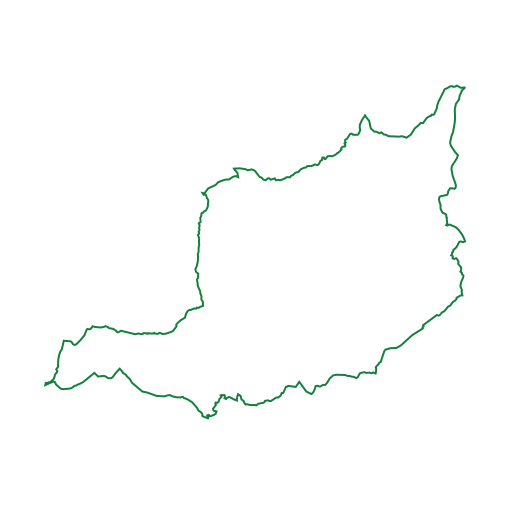 the district of San Miguel, Bolivar, Ecuador, rotated 177°
{"feature_id": "8360857B61039226108204", "entity_name": "San Miguel", "entity_type": "district", "adm_level": 2, "iso_a3": "ECU", "parent_name": "Ecuador", "parent_adm1": "Bolivar", "projection": "robinson", "projection_center": [-79.097, -1.812], "detail": "fine", "context": "isolated", "style": "outline", "palette": "green", "viewbox_px": 512, "rotation_deg": 177, "n_neighbors": 0, "source": "geoboundaries", "source_scale": "gbopen_adm2", "svg_char_len": 6032}
<svg xmlns="http://www.w3.org/2000/svg" viewBox="0 0 512 512"><g transform="rotate(177 256 256)"><path d="M39.1,413.4L42.6,413.2L46.5,415.6L48.1,414.8L50.1,414.6L51.6,415.4L54.1,414.9L56.0,413.7L58.8,412.7L65.9,400.1L67.3,396.3L67.7,394.0L70.7,388.1L71.6,387.7L73.3,388.0L74.1,386.7L75.1,386.6L78.2,385.0L82.3,379.9L84.6,380.3L86.7,378.1L90.8,375.1L95.0,369.1L99.4,366.3L104.0,368.0L107.0,367.7L117.4,368.7L119.8,370.2L121.9,370.7L124.3,372.9L126.3,372.1L128.8,373.6L131.4,374.1L134.7,377.4L135.9,385.0L139.4,389.8L139.7,391.5L140.3,389.6L141.5,388.5L143.4,385.6L145.4,381.6L145.7,378.9L145.3,376.2L147.1,372.7L148.0,371.8L150.5,371.8L152.7,372.0L154.0,373.2L155.7,372.9L159.0,368.3L160.8,367.4L161.1,365.4L160.5,364.5L161.7,363.7L161.0,362.1L161.0,361.2L161.6,360.7L163.5,360.6L164.6,360.0L165.4,359.0L165.0,357.9L168.3,354.9L169.4,354.6L170.0,353.8L172.5,352.4L174.5,351.7L175.6,351.6L176.9,352.1L179.2,351.8L181.6,349.2L182.5,349.3L183.0,350.7L184.5,350.9L185.2,348.3L186.6,347.7L188.4,344.5L189.4,343.7L190.5,343.6L192.4,344.4L195.9,342.9L199.9,343.1L201.8,341.7L203.3,341.6L206.8,340.2L209.5,337.5L211.3,337.4L212.8,336.8L214.8,334.9L216.7,334.3L217.9,332.8L221.1,333.1L223.9,331.6L227.7,330.4L230.0,330.9L232.1,330.6L233.2,332.5L237.3,331.4L238.6,332.8L240.0,333.0L242.4,331.2L243.4,331.3L245.0,332.2L246.2,333.9L248.3,334.8L252.4,340.8L253.9,342.0L255.9,342.7L259.8,342.0L261.8,343.2L267.7,344.4L273.4,344.4L272.7,343.0L270.3,340.2L269.7,335.7L271.8,336.8L273.4,336.6L275.2,336.1L278.9,333.9L283.1,333.8L288.0,332.4L289.9,331.6L292.7,329.0L300.2,326.0L304.2,321.2L306.1,321.7L305.2,320.0L303.3,319.9L302.7,319.3L302.0,316.4L300.9,314.7L300.8,312.5L301.2,311.2L301.4,308.7L302.0,306.7L303.7,304.0L305.5,303.3L306.6,302.0L307.6,301.9L308.2,301.4L308.6,298.9L309.6,297.0L309.6,292.8L311.4,291.7L310.7,289.3L311.4,287.1L311.0,285.2L312.0,283.1L311.6,281.4L312.9,279.9L311.8,276.8L312.3,272.6L312.1,270.0L312.8,267.8L313.2,262.8L314.0,261.0L313.9,257.5L314.4,253.6L315.5,249.5L317.2,246.0L316.8,243.5L314.6,241.3L315.0,238.5L314.8,237.5L316.2,235.4L315.7,231.7L315.8,230.1L315.2,227.7L313.7,224.1L313.4,221.0L312.5,218.5L312.9,215.8L311.5,212.9L311.5,209.0L314.6,208.1L316.3,207.1L317.6,207.6L318.8,206.5L320.6,206.8L324.0,205.5L325.3,205.6L327.1,204.6L328.8,202.2L330.2,198.1L334.4,195.9L337.8,193.2L339.3,191.5L339.0,190.3L339.3,189.6L342.6,185.7L344.1,184.8L350.8,183.0L353.8,183.1L355.6,184.2L356.5,184.3L357.5,183.6L358.9,183.4L361.2,184.0L361.7,184.6L363.1,183.9L367.6,184.4L368.2,184.0L368.7,184.6L369.7,184.4L371.6,184.9L372.3,184.9L373.4,183.9L375.4,184.1L377.2,184.8L380.8,184.2L394.7,188.4L397.4,187.1L398.2,187.1L398.8,187.4L399.5,188.6L402.6,190.8L406.4,191.6L407.9,193.0L410.0,193.8L410.7,193.4L414.4,192.7L420.5,193.5L422.7,194.4L425.2,191.7L426.7,191.5L428.2,192.0L429.2,190.9L431.4,185.9L435.3,181.6L439.4,177.8L441.0,176.8L442.0,176.7L443.5,177.6L444.5,179.6L445.6,180.5L452.4,181.4L454.8,172.9L456.4,170.8L458.0,166.7L458.9,162.8L459.5,155.6L461.4,153.3L460.5,151.3L460.8,150.4L463.0,148.0L463.7,145.3L464.5,143.8L468.2,140.7L469.9,140.7L471.2,140.0L472.6,140.3L473.2,138.1L465.1,141.2L463.5,140.7L462.3,138.0L458.2,133.9L457.2,133.5L455.1,133.1L448.7,133.4L446.8,133.9L444.0,135.9L442.3,136.0L440.9,136.9L438.3,137.7L435.3,139.1L423.5,147.7L420.0,143.9L414.2,144.2L412.7,143.7L410.0,141.7L407.1,141.5L405.4,142.6L402.0,146.7L398.0,150.6L395.2,147.1L395.3,146.4L392.3,144.3L391.2,142.6L388.3,139.5L386.4,135.8L376.6,126.6L371.9,125.4L362.6,121.5L354.6,120.6L352.0,121.4L349.0,121.6L347.6,120.5L343.3,119.2L339.2,118.7L336.4,119.2L335.5,118.1L331.7,116.3L327.4,113.3L323.0,107.7L321.4,104.4L319.7,103.4L318.4,101.8L317.8,100.5L318.0,99.1L317.7,98.8L312.5,96.4L312.1,97.1L313.1,99.1L312.8,99.6L311.5,99.8L311.0,98.7L309.5,98.5L306.0,99.6L304.5,100.6L303.6,102.9L306.1,103.6L306.8,104.6L306.9,105.7L303.8,109.4L304.4,110.7L303.9,111.8L302.3,111.4L301.1,112.3L300.0,115.1L297.8,117.3L298.6,118.7L297.9,118.9L294.7,118.7L294.4,117.4L294.9,115.6L293.3,114.8L292.7,115.7L290.5,116.5L289.5,116.4L285.3,113.8L282.6,112.7L282.7,114.5L281.2,118.9L278.7,117.0L278.0,113.5L276.0,111.9L275.4,110.1L274.1,108.2L272.6,108.5L269.5,107.4L265.0,107.3L263.6,106.8L261.5,108.3L256.1,109.1L254.9,110.0L254.5,110.9L251.6,111.2L249.8,110.3L248.9,110.3L243.9,113.2L242.4,113.7L241.3,113.5L238.6,115.4L237.5,117.8L236.2,117.8L235.8,118.1L232.9,123.8L231.3,124.0L230.7,124.6L223.1,123.2L219.4,128.1L212.8,118.0L207.9,115.2L206.0,116.8L204.3,119.9L203.3,122.9L201.7,123.2L198.9,122.2L196.0,123.7L193.7,123.6L191.9,125.3L188.9,129.7L185.3,132.7L181.8,133.2L173.3,132.5L170.6,131.4L168.4,131.2L167.2,130.6L164.8,130.2L162.3,128.9L160.8,129.6L158.4,133.4L155.7,134.1L153.7,134.3L152.1,133.5L149.0,133.6L147.0,132.9L145.1,133.6L142.7,132.4L142.0,135.2L141.9,138.1L142.2,138.8L139.0,142.0L138.5,143.0L137.0,143.7L132.9,154.2L131.7,155.7L126.5,156.9L120.6,156.8L115.9,159.2L104.1,168.8L93.2,174.9L93.4,176.0L92.3,177.1L92.8,178.1L78.5,187.6L76.9,186.9L75.7,187.3L73.2,189.9L70.7,191.1L66.7,195.5L64.5,196.4L61.9,199.7L59.3,201.2L57.9,202.8L57.9,203.8L53.6,205.9L52.0,205.9L52.5,209.4L52.2,211.5L53.5,215.1L52.5,219.2L50.2,223.8L49.9,225.5L51.2,227.1L51.3,228.4L52.7,229.6L51.9,230.7L51.8,233.9L54.4,237.4L54.5,238.1L54.0,239.4L54.9,241.6L56.3,243.4L58.1,242.7L59.8,243.3L59.5,245.4L60.0,246.1L61.0,246.5L60.4,247.4L59.9,249.2L59.0,249.7L58.7,251.6L55.5,254.1L52.1,259.6L50.7,259.8L48.4,258.9L46.5,259.7L47.0,261.7L48.8,266.1L51.9,270.9L53.9,273.3L55.1,274.3L60.8,277.2L61.8,277.2L63.2,276.4L64.4,276.8L63.4,278.8L63.6,283.3L63.4,284.2L63.8,284.7L63.9,287.1L64.5,288.0L67.5,289.5L68.9,292.6L69.3,294.2L69.0,297.2L70.0,300.6L70.3,303.3L69.8,305.0L68.9,305.9L62.1,307.0L61.1,308.4L60.6,310.8L58.5,313.5L55.6,313.2L54.5,312.7L53.7,313.1L52.8,314.5L52.8,316.9L55.4,325.9L56.3,332.5L55.8,335.3L50.3,343.0L49.1,346.1L51.7,349.3L55.6,355.8L56.2,358.5L56.0,360.3L54.6,365.2L52.7,369.6L50.5,379.1L50.0,383.6L49.8,392.2L48.4,397.5L45.1,401.6L44.2,405.6L42.5,408.5L41.9,410.3L38.8,413.0L39.1,413.4Z" fill="none" stroke="#15803d" stroke-width="2"/></g></svg>